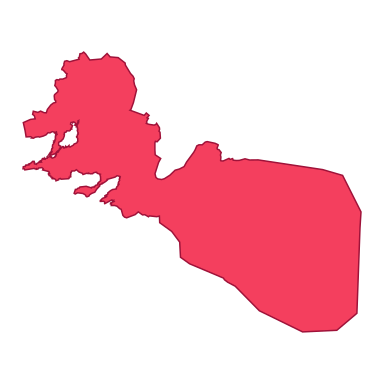 the district of Fuossko smj 2, Nordland, Norway
{"feature_id": "86288312B90819759899265", "entity_name": "Fuossko smj 2", "entity_type": "district", "adm_level": 2, "iso_a3": "NOR", "parent_name": "Norway", "parent_adm1": "Nordland", "projection": "mercator", "projection_center": [15.387, 67.235], "detail": "fine", "context": "isolated", "style": "filled", "palette": "rose", "viewbox_px": 384, "rotation_deg": 0, "n_neighbors": 0, "source": "geoboundaries", "source_scale": "gbopen_adm2", "svg_char_len": 5758}
<svg xmlns="http://www.w3.org/2000/svg" viewBox="0 0 384 384"><path d="M55.4,80.5L55.4,83.1L54.8,85.6L56.2,87.2L58.1,90.4L57.8,91.8L54.6,94.6L54.2,95.9L54.6,99.7L55.7,100.8L55.7,102.4L53.4,103.0L50.8,105.0L47.4,109.4L46.3,112.8L44.1,112.7L40.6,111.1L37.9,112.4L33.3,111.2L32.6,114.4L34.3,115.7L35.2,118.8L30.5,119.4L23.3,122.6L25.1,130.7L26.1,136.9L30.7,136.7L32.2,137.7L31.8,138.0L33.5,138.2L35.2,137.2L38.3,136.7L39.5,137.1L43.2,136.1L46.1,134.8L48.0,132.7L50.0,132.9L52.2,131.6L54.2,132.1L54.4,132.8L56.4,131.9L56.6,133.5L57.1,134.4L56.1,135.2L55.5,133.1L55.1,132.6L55.9,135.0L55.3,136.2L55.7,136.8L55.3,137.5L55.6,139.0L55.1,139.2L54.8,140.5L54.4,140.7L54.9,140.8L54.6,141.6L54.3,141.6L54.3,142.1L53.8,141.8L53.5,142.5L53.6,143.8L52.6,144.9L52.4,146.7L52.7,147.5L52.4,148.5L51.9,148.5L51.4,150.3L51.5,151.1L52.0,151.4L51.9,152.0L51.2,152.8L50.7,152.0L50.8,151.6L48.8,154.7L50.6,153.8L50.6,154.6L50.3,154.6L51.6,155.0L55.6,153.4L56.9,151.6L59.5,149.6L59.4,148.9L60.0,148.4L60.6,146.1L58.8,145.3L58.6,143.8L58.7,142.3L61.6,140.8L61.5,140.5L63.2,138.9L64.3,135.9L64.4,134.3L64.1,134.3L64.5,132.5L66.0,132.2L66.9,130.8L69.4,130.9L70.2,130.4L70.7,129.1L71.7,129.1L71.5,127.8L71.8,127.8L72.5,125.5L70.5,124.1L71.0,122.5L72.5,122.3L72.7,122.8L73.3,121.9L74.8,122.4L75.5,123.5L75.3,124.6L74.8,125.1L75.4,125.4L77.0,123.8L78.0,122.1L78.3,122.2L77.9,121.0L78.6,120.6L78.4,121.4L78.7,121.4L78.7,121.9L78.4,122.5L78.1,122.4L78.2,123.2L76.4,126.7L77.8,126.7L77.2,127.0L77.2,127.9L77.6,128.1L77.6,129.4L77.4,129.9L77.7,129.9L77.5,131.4L78.0,132.5L77.9,133.2L78.2,133.2L78.0,134.5L77.4,134.8L77.2,136.3L76.6,136.5L76.6,137.1L77.7,138.3L77.8,141.4L77.4,141.6L77.5,141.9L76.7,143.0L74.1,144.0L73.4,145.1L70.1,147.0L69.1,146.6L69.0,145.5L67.7,146.8L66.9,146.6L66.5,147.4L65.9,147.3L65.5,146.4L64.7,147.9L63.7,147.9L63.3,146.6L62.4,146.6L59.0,150.5L58.3,152.0L56.4,152.8L56.4,154.3L56.0,154.3L56.0,155.4L55.5,155.4L55.7,156.2L54.9,156.6L54.9,157.2L52.3,158.1L50.9,157.2L51.1,156.9L50.8,156.9L50.6,155.7L49.3,156.1L49.1,156.9L48.2,157.2L46.7,156.4L47.5,157.4L47.3,158.2L45.4,158.5L45.2,159.3L44.2,159.2L44.1,158.2L43.4,159.0L42.8,158.5L42.3,158.8L41.9,160.0L40.5,160.8L41.3,160.8L41.2,161.8L41.4,162.1L39.2,162.3L36.5,163.7L36.5,164.4L34.6,163.9L34.6,162.7L34.2,162.7L34.2,161.4L32.8,161.3L30.5,163.4L29.0,163.9L29.3,164.2L28.7,164.5L28.8,164.9L26.2,165.0L26.4,165.4L25.4,165.7L25.2,166.5L23.3,166.7L23.0,168.8L24.3,168.8L24.8,169.9L34.2,168.4L35.2,169.0L36.5,168.6L36.5,169.3L38.0,169.0L38.7,168.0L41.9,167.6L43.2,168.6L42.9,169.3L43.3,169.6L42.9,170.0L48.9,171.6L49.6,173.6L48.5,173.4L48.4,174.1L49.3,175.7L50.7,176.0L50.9,177.0L52.0,177.3L52.0,178.2L52.7,177.8L53.2,178.3L52.9,178.3L52.9,178.8L54.6,178.7L55.9,180.1L56.0,180.8L58.7,179.8L59.1,178.7L60.5,178.5L61.0,179.2L68.7,178.7L69.2,178.0L69.2,177.2L70.7,176.9L70.8,176.1L70.4,175.3L70.8,174.8L70.7,172.5L71.2,172.5L71.8,171.0L74.6,170.9L76.4,169.7L79.0,172.0L82.3,173.3L83.0,174.5L86.6,173.3L88.2,173.6L88.4,173.1L90.2,173.8L92.7,173.7L93.5,172.8L96.0,172.2L96.7,172.3L97.2,173.3L100.1,174.2L99.8,174.4L100.5,176.6L100.7,180.3L100.4,180.3L100.4,181.1L98.6,182.3L98.4,183.4L97.9,183.2L97.3,184.9L95.5,185.4L94.8,186.5L94.3,186.5L94.3,187.0L92.0,187.1L91.5,187.9L86.2,186.3L79.9,187.0L79.4,187.9L78.0,188.2L76.5,189.5L75.4,189.4L74.1,193.3L75.2,194.0L77.6,192.8L83.0,193.5L85.5,195.0L86.1,196.4L86.9,196.8L88.9,196.1L89.6,194.8L91.7,193.4L94.8,192.2L96.6,189.3L99.7,186.0L99.2,185.8L99.6,184.6L101.9,183.9L101.8,183.6L102.2,183.1L102.7,183.4L105.8,181.4L107.4,180.0L107.1,179.4L115.1,177.1L117.1,175.7L119.9,176.4L120.2,176.6L119.9,177.2L120.0,177.5L119.7,177.5L119.8,178.1L119.2,179.2L119.7,180.1L118.4,182.4L118.4,183.9L119.5,184.4L118.0,184.4L118.1,185.6L116.9,186.7L116.2,188.3L116.4,188.8L116.2,189.0L112.6,189.5L110.3,190.8L107.8,192.9L107.8,194.1L104.9,195.7L105.0,196.4L104.4,196.8L106.7,196.0L106.7,196.4L106.2,196.4L105.8,197.2L102.6,198.3L101.8,199.0L101.4,199.9L100.6,200.1L100.2,200.9L100.3,201.4L103.7,201.3L104.6,201.9L104.7,203.5L104.2,204.0L111.4,200.1L111.9,199.9L112.4,200.7L113.8,200.3L113.7,201.1L114.1,201.5L111.4,202.5L110.5,203.1L110.5,203.9L111.5,203.7L111.3,205.5L114.6,205.5L117.0,206.2L119.7,208.7L121.2,209.3L122.9,215.4L124.5,217.1L126.7,217.8L135.2,214.6L138.3,211.9L142.5,214.9L144.9,214.7L148.5,216.8L149.4,215.9L156.7,216.7L159.4,216.1L159.7,222.7L171.7,231.4L179.7,242.1L180.5,257.3L189.6,263.8L223.5,278.1L224.4,279.7L227.8,282.3L235.2,286.2L259.4,310.8L302.6,331.9L336.8,330.3L356.9,313.3L360.0,227.8L361.0,211.9L342.6,175.4L322.7,169.6L258.2,159.9L249.7,160.0L245.0,158.8L239.3,160.4L236.2,160.5L233.2,160.2L232.6,158.6L230.1,159.4L229.0,158.4L223.1,161.0L220.8,160.8L220.6,160.6L220.9,157.0L220.4,155.0L221.2,152.5L219.0,149.7L217.5,149.3L217.1,148.6L217.2,147.7L218.2,145.1L218.1,144.7L215.1,143.3L207.2,141.6L205.2,142.1L202.2,144.8L198.9,144.8L196.8,145.9L195.2,149.7L193.8,152.2L186.6,162.0L184.1,166.6L179.4,169.0L175.1,170.2L169.9,175.2L164.4,178.7L161.7,179.5L157.7,178.9L155.9,177.4L155.0,173.7L158.6,162.4L160.7,158.5L155.2,154.8L154.9,150.0L154.9,142.8L155.4,141.3L157.1,141.8L160.4,138.2L160.0,132.2L159.0,131.2L159.6,129.3L159.4,127.6L156.6,123.3L155.8,124.5L154.1,125.1L148.8,124.3L146.3,123.4L146.9,122.1L146.6,121.4L148.3,118.4L147.0,117.8L149.1,115.4L146.3,113.0L144.2,115.4L130.0,110.2L130.9,109.5L133.4,102.7L136.6,89.8L134.5,84.8L133.7,80.8L134.2,78.7L133.0,76.2L130.5,73.5L125.4,65.1L125.1,63.0L118.2,57.6L110.1,56.9L107.1,53.5L101.3,59.0L89.8,60.0L85.6,53.9L83.7,52.1L81.8,53.5L80.0,53.7L79.3,57.1L78.5,57.8L79.1,59.2L69.6,61.7L66.9,60.7L64.6,61.3L63.9,63.8L64.0,65.2L62.0,68.5L61.8,69.6L63.2,70.1L66.1,73.4L67.0,73.7L66.4,75.8L66.6,76.7L66.4,77.6L62.7,79.1L59.8,79.1L58.8,80.0L56.9,79.6L55.4,80.5Z" fill="#f43f5e" stroke="#9f1239" stroke-width="1.5"/></svg>